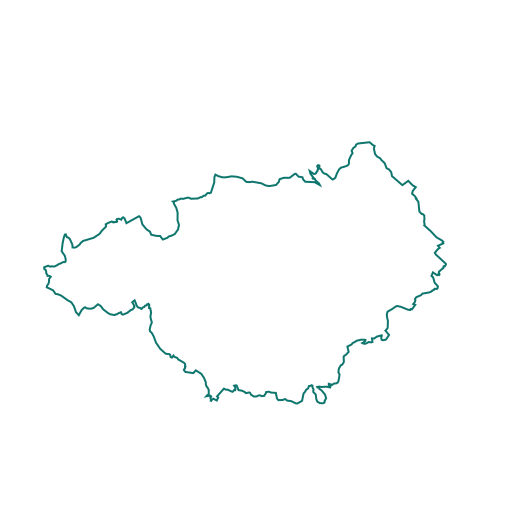 outline of Balan, Salaj, Romania, rotated 41°
{"feature_id": "2599482B44755564495658", "entity_name": "Balan", "entity_type": "district", "adm_level": 2, "iso_a3": "ROU", "parent_name": "Romania", "parent_adm1": "Salaj", "projection": "albers", "projection_center": [23.294, 47.159], "detail": "fine", "context": "isolated", "style": "outline", "palette": "teal", "viewbox_px": 512, "rotation_deg": 41, "n_neighbors": 0, "source": "geoboundaries", "source_scale": "gbopen_adm2", "svg_char_len": 6155}
<svg xmlns="http://www.w3.org/2000/svg" viewBox="0 0 512 512"><g transform="rotate(41 256 256)"><path d="M383.9,340.3L385.8,335.1L382.1,328.6L382.1,326.2L381.6,324.1L382.2,321.8L381.3,319.4L382.2,318.4L382.6,317.2L383.6,316.8L384.7,318.0L387.1,319.1L387.8,320.4L388.6,321.1L391.9,321.3L395.2,324.3L397.8,325.7L400.7,325.1L403.0,323.4L403.7,322.2L403.7,321.3L402.9,320.5L402.3,317.4L399.0,315.3L393.5,314.4L391.0,314.7L389.9,313.8L388.6,314.9L388.1,314.7L389.4,313.1L391.6,311.7L394.6,308.6L398.2,306.6L397.7,305.4L395.7,305.7L394.8,304.7L398.1,303.2L398.5,301.1L400.0,299.7L400.7,297.9L400.2,296.1L397.6,291.8L396.6,290.5L394.5,289.7L392.4,286.6L391.7,282.8L392.3,281.7L392.3,280.9L391.8,278.3L388.2,274.5L388.1,273.5L388.7,271.2L388.8,267.6L384.4,264.4L386.1,260.3L386.1,258.1L387.1,255.9L387.5,254.0L390.5,249.9L393.6,247.5L394.2,248.3L393.8,251.0L393.4,251.9L394.4,251.7L395.8,250.8L396.7,249.3L397.4,247.1L399.5,245.7L400.3,244.5L397.6,242.1L399.3,240.8L400.1,237.5L402.9,233.4L403.4,233.7L403.5,234.5L404.2,235.6L405.8,236.8L407.4,236.0L408.9,233.8L408.2,228.3L402.6,227.4L402.7,224.4L402.1,223.3L398.2,218.5L394.9,216.1L393.0,214.2L391.8,211.7L393.5,206.9L394.7,202.2L395.3,201.2L398.4,199.4L405.7,196.9L407.8,195.7L407.8,195.3L407.4,195.4L407.5,194.8L407.8,194.2L408.7,193.9L408.2,188.4L406.2,189.1L406.1,186.6L405.2,184.7L404.2,184.2L404.0,181.9L406.2,177.4L406.3,175.2L410.6,169.9L411.5,168.2L411.8,167.1L411.6,166.8L412.5,164.8L412.3,164.3L412.4,163.4L413.7,162.6L414.3,161.8L413.3,159.6L408.2,158.9L404.5,156.4L403.1,155.8L401.6,156.0L401.2,155.1L400.3,152.3L405.2,151.7L405.2,151.0L406.7,150.3L406.6,149.5L404.8,148.6L404.4,147.8L405.0,143.1L405.4,142.4L404.4,140.9L404.5,140.3L405.3,139.9L404.9,137.8L404.3,137.3L390.8,136.9L388.9,136.3L388.7,131.9L389.3,129.3L386.6,128.9L389.0,123.8L388.2,123.7L388.1,122.4L386.1,122.3L380.0,123.5L371.2,122.6L362.9,122.5L362.8,121.8L360.0,119.5L359.2,118.0L356.4,115.0L354.1,115.0L353.5,115.6L350.2,115.3L342.9,108.5L339.3,107.9L339.5,107.4L336.5,106.6L332.9,106.6L331.6,104.0L331.4,99.2L327.9,99.9L321.6,99.4L320.0,106.5L306.2,106.5L303.0,104.0L299.4,103.4L297.0,104.1L292.2,101.5L287.5,101.3L285.8,100.8L282.0,101.5L278.9,100.9L274.4,97.5L273.3,95.1L271.6,95.6L267.1,95.6L259.8,103.5L259.1,104.4L258.5,106.2L259.2,108.1L258.6,110.4L259.1,113.8L261.4,115.0L261.7,117.6L263.2,122.6L265.3,125.0L265.8,126.2L265.8,127.4L264.7,129.7L262.1,133.7L262.0,134.7L261.9,136.3L262.9,140.6L264.6,145.1L263.9,147.6L263.5,148.1L255.3,148.0L253.5,149.0L251.4,149.1L248.0,147.9L245.2,148.1L244.6,147.5L244.8,146.4L243.8,146.3L243.1,147.1L243.3,148.1L246.1,149.6L246.0,150.9L246.7,151.8L246.5,152.9L247.0,154.0L246.7,155.2L245.6,156.2L240.8,156.6L243.2,158.2L248.0,159.2L247.8,160.2L248.1,160.3L250.1,159.2L251.5,160.0L253.9,159.8L254.5,160.4L255.7,159.8L257.6,160.6L251.9,161.8L244.5,167.6L241.3,167.3L239.4,166.1L236.0,168.2L232.2,167.8L231.4,168.6L230.1,174.9L225.8,178.6L223.4,182.5L224.6,185.1L224.5,189.3L220.2,194.5L216.9,196.5L212.4,197.6L204.5,202.3L202.9,204.3L200.1,206.4L194.9,206.2L189.5,208.8L185.3,211.9L181.6,216.4L179.3,218.5L175.1,220.5L172.0,221.2L172.9,223.8L176.3,228.0L180.4,237.8L179.8,239.1L178.4,239.9L178.0,241.2L178.1,243.7L177.0,244.8L176.4,247.3L175.7,247.8L174.3,250.8L169.2,255.6L167.7,255.8L166.2,256.7L163.5,260.7L161.5,262.1L161.0,263.7L159.9,264.7L159.4,267.0L157.6,269.4L158.9,269.4L159.8,270.4L164.3,272.0L168.4,274.7L173.4,280.6L177.5,283.1L178.4,284.5L178.5,285.3L179.7,286.7L180.3,292.8L178.9,296.1L177.3,298.5L177.2,300.4L175.2,304.1L174.8,304.7L170.5,303.8L167.9,306.0L163.0,308.7L160.0,307.2L156.0,307.7L149.6,306.7L143.7,302.8L141.6,302.7L136.7,316.2L131.9,313.8L130.3,314.0L130.0,315.6L130.5,317.0L128.1,317.8L126.8,319.4L126.8,319.9L128.5,321.0L128.5,321.8L127.5,322.5L127.3,323.1L126.6,323.3L126.3,324.3L124.6,324.5L122.9,327.6L121.8,330.7L123.5,332.1L123.1,337.9L123.4,342.0L121.5,348.8L115.6,358.1L115.1,361.5L115.4,362.9L114.6,367.1L113.5,368.8L111.9,369.9L110.0,367.9L104.6,365.4L102.5,365.2L100.9,365.9L98.2,364.5L97.7,365.2L98.8,368.1L101.8,373.4L106.2,379.9L111.6,381.3L114.4,383.2L115.8,384.9L115.8,386.0L114.5,387.0L113.2,390.3L112.5,391.2L112.2,392.6L111.1,395.5L110.2,396.8L108.6,397.7L107.8,399.0L105.5,399.7L103.5,403.5L105.0,404.8L106.1,404.5L107.4,405.0L109.1,406.7L110.6,407.0L111.7,407.8L112.8,406.7L114.7,406.3L114.9,409.0L116.8,411.5L117.6,413.3L117.8,415.4L118.6,416.9L125.3,415.0L129.6,416.1L131.5,414.9L134.9,413.7L142.6,413.0L147.0,412.1L151.7,413.4L157.0,416.5L161.1,416.9L159.9,411.3L160.1,408.0L160.6,406.8L162.6,406.6L165.9,404.2L167.5,401.8L168.4,396.1L171.6,395.6L175.8,396.5L182.1,396.1L184.2,395.6L188.0,393.4L188.5,392.0L189.2,391.4L189.8,389.3L191.0,387.0L192.8,388.0L194.1,387.5L196.4,382.9L196.3,381.7L196.9,380.5L196.7,379.5L197.9,377.4L197.9,374.7L197.0,374.0L197.0,373.5L192.9,372.1L193.5,369.1L199.2,372.0L201.0,372.1L202.7,371.2L204.0,371.2L204.4,371.0L204.2,369.3L205.1,367.9L204.8,366.4L205.8,365.0L205.5,364.0L206.1,363.7L206.1,362.7L207.3,362.7L209.3,365.4L210.4,364.8L213.7,367.3L216.4,371.4L221.1,374.6L221.9,377.3L224.0,381.3L225.5,382.3L228.1,382.5L231.5,383.8L237.4,387.0L244.6,388.9L251.1,389.0L252.1,388.9L255.1,386.9L256.0,386.9L258.0,388.3L259.3,387.7L259.0,385.3L260.7,385.6L263.4,384.6L265.2,385.1L271.7,383.8L273.5,384.1L274.1,385.0L275.0,385.4L275.4,386.0L275.2,386.3L276.1,387.4L276.1,388.8L276.4,389.4L278.8,389.8L285.5,385.5L285.6,381.8L291.9,380.8L296.7,382.1L300.9,384.2L302.2,385.7L304.4,387.0L305.2,386.9L308.1,388.0L311.0,391.3L310.5,393.3L310.5,394.5L312.9,391.5L313.7,391.3L314.5,391.6L314.4,392.7L316.0,393.8L317.3,395.6L317.0,393.7L317.4,391.7L321.2,390.8L320.3,387.6L318.7,387.5L318.8,377.1L320.9,376.7L322.1,375.6L327.3,374.0L327.5,372.8L327.4,371.5L328.3,371.0L328.2,370.4L326.1,368.6L324.6,368.2L325.8,366.6L326.6,366.5L330.8,368.7L333.7,366.9L336.9,366.0L338.3,366.2L340.5,363.3L341.3,363.2L343.2,363.9L346.5,363.5L348.5,361.7L349.5,359.4L350.9,358.3L352.2,358.1L354.0,356.1L353.6,354.7L353.6,353.3L352.9,352.1L354.6,350.1L357.1,349.1L360.8,346.3L365.2,349.7L367.4,350.1L370.6,347.2L371.7,344.9L374.6,344.6L377.6,342.5L382.7,341.1L383.9,340.3Z" fill="none" stroke="#0f766e" stroke-width="2"/></g></svg>